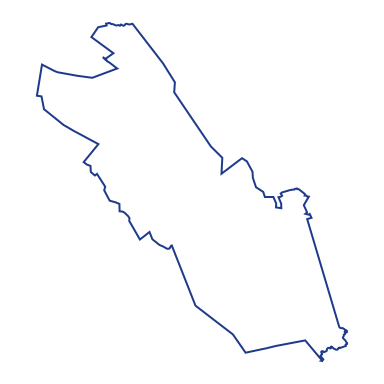 Rayones, Nuevo León, Mexico (orthographic projection)
{"feature_id": "50627088B56763529788020", "entity_name": "Rayones", "entity_type": "district", "adm_level": 2, "iso_a3": "MEX", "parent_name": "Mexico", "parent_adm1": "Nuevo León", "projection": "orthographic", "projection_center": [-100.065, 25.075], "detail": "fine", "context": "isolated", "style": "outline", "palette": "blue", "viewbox_px": 384, "rotation_deg": 0, "n_neighbors": 0, "source": "geoboundaries", "source_scale": "gbopen_adm2", "svg_char_len": 3764}
<svg xmlns="http://www.w3.org/2000/svg" viewBox="0 0 384 384"><path d="M36.9,95.7L41.5,96.4L44.0,109.2L63.6,125.0L74.1,131.1L98.4,144.1L88.2,156.6L83.7,162.1L86.8,164.5L90.5,165.9L90.8,172.0L94.9,175.5L97.0,173.9L105.2,186.7L104.2,190.3L109.7,200.7L115.5,202.3L119.4,203.9L119.6,211.3L122.6,211.6L124.4,212.6L128.1,216.1L129.4,218.0L129.3,221.2L130.8,223.6L139.9,239.5L149.5,232.0L152.4,239.3L159.4,244.9L163.3,246.6L165.2,247.7L167.3,248.8L169.4,248.6L170.1,247.5L170.9,246.0L171.8,245.5L195.5,305.7L219.3,324.0L232.9,334.4L237.2,340.6L237.9,341.6L238.7,342.8L238.8,342.9L245.6,352.7L248.0,352.2L249.3,351.9L262.9,349.0L266.4,348.3L267.2,348.1L268.1,347.8L270.0,347.4L276.2,345.9L305.2,340.4L322.0,360.4L321.3,360.8L322.2,361.0L323.3,359.4L321.9,357.7L320.7,356.4L320.7,356.1L320.6,355.7L320.9,355.2L321.4,354.9L321.9,354.6L322.1,354.2L322.1,353.6L321.7,353.0L321.4,352.7L321.3,352.3L321.2,352.0L321.3,351.7L321.6,351.4L321.9,351.2L322.2,351.1L322.5,351.2L322.8,351.3L323.2,351.4L323.5,351.8L323.7,352.1L323.9,352.2L324.8,351.8L325.4,351.5L326.3,351.2L326.8,350.6L326.8,349.5L327.2,348.7L327.6,348.3L327.9,348.1L328.1,347.9L328.5,347.9L328.9,347.9L329.2,348.0L329.5,348.2L329.8,348.3L330.1,348.3L330.4,348.4L330.6,348.4L330.8,348.3L330.9,348.2L331.0,348.0L330.9,347.8L330.8,347.5L330.8,347.2L330.8,346.9L331.0,346.7L331.3,346.6L331.5,346.7L331.7,346.8L332.2,347.0L332.4,347.2L332.6,347.5L332.8,347.7L333.1,347.9L333.4,348.3L333.8,348.6L334.2,348.9L334.5,349.0L335.1,349.2L335.5,349.4L335.9,349.6L336.2,349.7L336.6,349.7L336.9,349.7L337.2,349.7L337.6,349.4L337.8,349.2L338.0,349.0L338.2,348.5L338.5,348.1L338.7,347.9L339.0,347.7L339.5,347.7L339.6,347.9L339.8,348.1L345.9,345.9L345.7,345.4L345.6,345.0L345.6,344.7L345.8,344.5L346.0,344.3L346.3,344.2L346.8,344.1L347.1,343.9L347.1,343.6L347.1,343.1L346.9,342.8L346.3,342.1L346.0,341.6L345.7,341.0L345.2,340.3L344.9,340.0L344.5,339.6L344.0,339.1L343.5,338.7L343.2,338.3L343.0,337.9L342.9,337.4L343.1,337.1L343.4,336.6L343.7,336.1L343.8,335.6L343.8,335.2L343.8,334.9L343.8,334.7L344.0,334.5L344.5,334.5L344.9,334.3L345.1,333.9L345.2,333.4L345.1,333.1L345.0,332.8L344.9,332.6L344.8,332.3L344.8,332.0L344.7,331.8L344.7,331.6L344.8,331.4L344.9,331.2L345.1,331.2L345.4,331.4L345.7,331.7L346.1,332.0L346.4,332.3L346.5,332.4L346.8,332.3L346.9,332.1L346.9,331.9L346.2,331.8L346.8,330.8L342.7,328.1L341.7,328.2L340.0,327.8L339.2,326.8L307.2,219.1L311.5,217.8L309.7,214.0L308.8,214.7L305.4,213.8L306.5,212.9L306.9,212.5L307.0,212.1L303.8,205.2L308.8,196.7L307.1,196.5L306.6,195.6L304.6,195.6L304.9,194.0L298.6,189.1L297.2,189.1L296.8,188.5L296.5,188.6L295.7,188.7L295.0,188.9L294.8,189.2L294.6,189.4L294.5,189.5L293.9,189.5L293.0,189.5L292.3,189.7L290.0,190.1L282.1,192.4L280.7,193.5L282.1,195.7L280.9,196.7L278.5,197.2L281.2,203.7L281.3,208.2L276.0,207.4L276.2,203.5L273.4,197.0L264.9,197.0L263.2,191.9L256.0,187.2L252.9,178.0L252.5,171.7L246.9,161.4L242.0,158.2L221.5,173.7L222.3,157.8L210.9,146.5L174.2,92.3L174.9,82.3L163.1,63.5L163.1,63.4L162.9,63.2L132.5,23.8L130.7,24.2L129.7,24.5L128.8,24.4L128.0,24.2L127.1,23.9L126.3,23.8L125.6,24.0L125.3,24.2L125.0,24.8L124.7,25.1L124.0,25.6L123.7,25.8L123.2,25.6L122.6,25.4L122.1,25.1L121.5,24.8L121.2,24.6L120.9,24.5L120.7,24.6L120.6,24.8L120.4,25.1L120.3,25.4L119.9,25.7L118.6,25.1L117.8,25.2L116.6,25.5L115.3,25.2L114.0,24.6L113.2,24.2L112.3,24.1L111.5,24.1L111.1,24.0L110.6,23.6L110.1,23.2L109.9,23.0L106.1,23.6L106.6,25.5L98.2,27.2L91.4,37.1L113.4,53.2L105.4,58.9L103.5,57.6L103.4,57.8L103.6,58.0L104.0,58.4L104.3,58.7L105.3,59.6L105.4,59.4L106.3,59.9L106.7,60.3L106.9,60.7L106.9,60.8L106.9,61.0L107.0,61.2L109.5,62.6L117.2,68.5L116.8,68.6L116.6,68.7L92.3,77.8L77.4,75.8L57.9,72.3L57.3,72.1L54.7,71.1L42.0,64.6L36.9,95.7Z" fill="none" stroke="#1e3a8a" stroke-width="2"/></svg>